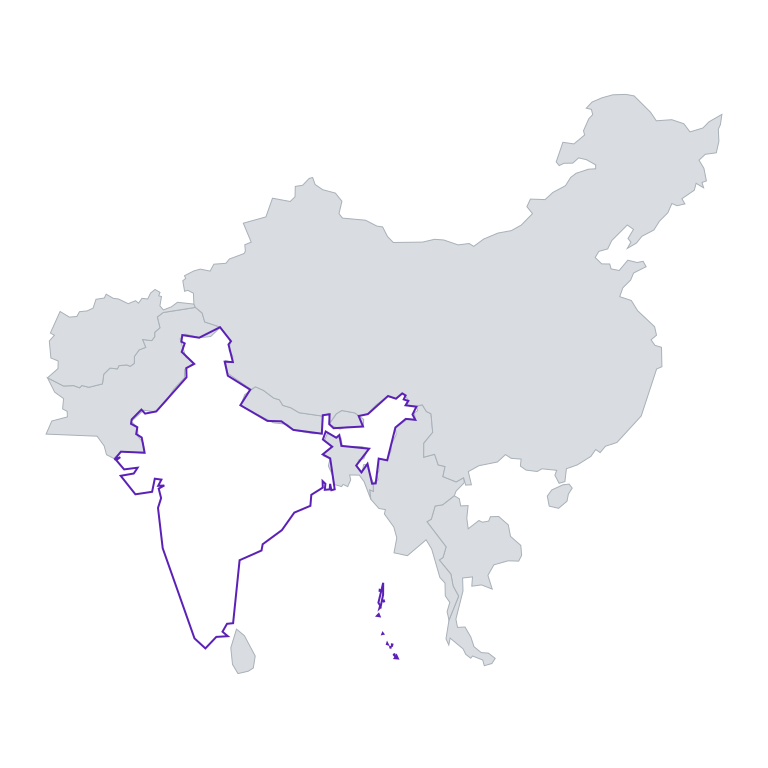 India highlighted among its neighbors
{"feature_id": "IND", "entity_name": "India", "entity_type": "country or territory", "adm_level": 0, "iso_a3": "IND", "parent_name": "Asia", "parent_adm1": "", "projection": "albers", "projection_center": [83.514, 21.122], "detail": "medium", "context": "with_neighbors", "style": "outline", "palette": "violet", "viewbox_px": 768, "rotation_deg": 0, "n_neighbors": 9, "source": "natural_earth", "source_scale": "50m", "svg_char_len": 8616}
<svg xmlns="http://www.w3.org/2000/svg" viewBox="0 0 768 768"><path d="M518.7,561.1L508.1,560.8L493.9,564.8L487.9,575.4L492.2,589.1L481.5,584.9L471.8,586.2L472.5,576.9L462.6,578.0L463.0,590.9L455.9,619.1L457.5,627.4L465.0,627.0L470.8,637.0L474.0,646.7L481.2,652.6L488.4,653.1L495.2,658.4L491.9,663.5L484.3,665.7L482.7,660.0L472.6,656.0L470.7,658.2L465.7,654.3L463.1,648.9L450.1,638.1L448.8,645.0L446.0,638.8L449.0,620.1L458.6,596.2L453.1,586.1L450.9,574.2L439.3,560.0L443.0,557.5L446.1,546.9L426.9,521.7L431.3,519.2L435.1,506.0L442.6,504.8L454.3,495.7L459.3,498.8L460.7,505.9L468.1,505.6L466.8,518.3L468.2,528.8L478.9,520.5L482.4,522.2L488.7,521.1L490.4,516.7L498.7,516.5L508.3,524.9L510.5,536.4L520.8,545.4L521.6,555.3L518.7,561.1Z" fill="#d9dde1" stroke="#a8b0b8" stroke-width="1"/><path d="M454.3,495.7L442.6,504.8L435.1,506.0L431.3,519.2L426.9,521.7L446.1,546.9L443.0,557.5L439.3,560.0L450.9,574.2L453.1,586.1L458.6,596.2L449.0,620.1L447.1,611.6L449.8,602.4L445.3,595.9L445.0,583.1L439.9,577.5L431.7,549.1L426.1,539.8L407.4,555.7L394.0,552.8L396.8,537.9L393.8,527.0L384.4,514.0L385.4,509.6L379.0,508.5L370.8,499.3L369.6,489.8L373.4,491.4L373.1,482.9L378.2,479.8L376.8,474.9L379.0,470.7L378.6,458.4L387.0,460.6L391.0,450.6L391.2,444.8L396.2,434.5L395.4,427.8L408.1,418.6L415.6,420.2L414.2,413.0L417.6,410.6L416.4,406.2L422.3,404.8L426.3,411.4L431.0,413.8L432.7,432.4L423.8,443.2L423.7,457.2L434.6,454.3L438.2,464.9L445.1,466.5L442.9,476.6L456.1,481.9L463.6,477.7L464.4,482.5L456.1,491.1L454.3,495.7Z" fill="#d9dde1" stroke="#a8b0b8" stroke-width="1"/><path d="M373.1,482.9L373.4,491.4L369.6,489.8L370.8,499.3L364.1,481.7L359.3,475.1L349.6,475.0L350.7,479.9L347.7,486.6L343.0,484.4L341.6,486.6L334.3,484.5L332.3,474.8L328.4,466.0L330.0,458.9L323.4,455.9L325.6,451.5L332.0,446.9L324.3,440.9L327.7,432.8L336.1,437.6L341.0,438.0L342.3,446.2L362.0,446.7L368.1,448.4L363.8,458.7L359.1,459.6L356.2,466.5L362.3,472.3L363.6,464.7L366.5,464.5L373.1,482.9Z" fill="#d9dde1" stroke="#a8b0b8" stroke-width="1"/><path d="M354.7,412.9L363.7,419.4L363.3,426.7L346.2,427.0L339.8,429.1L330.3,425.0L330.0,422.7L336.4,413.7L341.8,410.5L354.7,412.9Z" fill="#d9dde1" stroke="#a8b0b8" stroke-width="1"/><path d="M322.6,416.1L322.5,433.3L313.9,433.7L293.4,430.2L287.4,424.3L273.3,422.8L240.6,405.6L244.7,394.7L255.4,386.8L263.5,390.4L273.7,398.1L279.4,399.8L282.8,405.4L290.7,407.7L299.1,412.7L322.6,416.1Z" fill="#d9dde1" stroke="#a8b0b8" stroke-width="1"/><path d="M220.4,327.2L210.7,336.5L199.7,337.7L185.1,334.1L180.0,338.8L185.9,357.1L193.5,363.3L184.7,369.5L184.4,377.8L173.9,388.9L166.8,400.4L155.3,411.9L143.6,410.2L131.2,421.5L137.5,427.4L138.0,436.5L143.3,442.9L144.6,453.2L121.6,451.3L113.9,458.5L106.5,454.7L104.2,446.0L97.1,436.2L46.1,434.1L51.8,421.0L67.4,416.9L67.2,411.4L62.6,408.9L63.6,398.6L54.7,392.2L47.5,377.8L63.5,386.0L73.7,385.6L79.6,387.8L81.9,385.5L88.8,387.3L102.4,383.9L103.8,374.1L110.0,368.1L117.4,368.9L118.9,365.7L126.6,364.9L130.2,366.3L134.3,363.4L134.4,356.4L139.2,349.8L145.7,347.4L142.5,339.5L151.7,340.6L154.7,336.7L154.7,332.3L159.9,327.8L157.3,317.0L163.2,312.5L195.4,307.4L202.2,313.1L204.7,321.9L220.4,327.2Z" fill="#d9dde1" stroke="#a8b0b8" stroke-width="1"/><path d="M113.2,298.3L118.5,299.0L128.2,303.7L135.5,300.7L138.5,303.2L142.0,298.3L147.7,299.0L150.6,293.0L155.0,289.5L160.0,292.4L158.7,295.8L161.5,296.5L159.9,305.9L163.4,309.9L171.3,306.9L177.5,302.3L193.9,304.1L195.4,307.4L163.2,312.5L157.3,317.0L159.9,327.8L154.7,332.3L154.7,336.7L151.7,340.6L142.5,339.5L145.7,347.4L139.2,349.8L134.4,356.4L134.3,363.4L130.2,366.3L126.6,364.9L118.9,365.7L117.4,368.9L110.0,368.1L103.8,374.1L102.4,383.9L88.8,387.3L81.9,385.5L79.6,387.8L73.7,385.6L63.5,386.0L47.5,377.8L58.0,368.6L58.2,361.0L50.9,358.0L49.3,341.0L54.4,335.3L50.4,333.0L60.1,311.5L69.3,317.1L76.8,316.5L79.5,311.7L87.2,310.9L93.1,308.1L96.0,299.3L104.3,298.0L106.2,294.2L113.2,298.3Z" fill="#d9dde1" stroke="#a8b0b8" stroke-width="1"/><path d="M255.2,656.0L253.3,668.0L248.3,671.2L238.0,673.6L232.5,664.4L230.8,647.8L236.5,629.1L244.4,635.7L255.2,656.0Z" fill="#d9dde1" stroke="#a8b0b8" stroke-width="1"/><path d="M558.6,508.3L549.2,506.1L547.3,496.1L551.7,490.0L562.9,484.8L569.1,484.1L572.2,488.1L568.4,494.0L567.0,501.2L558.6,508.3ZM245.4,251.0L244.8,244.8L251.2,242.1L243.3,223.2L265.9,216.9L272.5,198.2L290.2,201.5L295.0,196.8L295.3,186.4L302.6,185.3L309.2,178.4L312.6,177.5L315.1,184.5L322.7,189.7L335.4,193.1L341.9,201.2L339.0,213.7L342.5,218.1L365.5,220.2L376.9,226.1L382.6,226.9L387.5,236.5L393.3,242.5L422.5,242.1L434.6,239.3L443.8,240.0L458.1,244.9L469.2,243.5L473.7,246.4L483.6,239.1L497.8,233.1L511.4,230.6L521.3,225.1L532.5,213.6L526.9,206.7L530.4,199.1L545.1,199.6L552.9,192.4L565.5,185.7L570.6,177.5L576.1,173.3L588.5,169.2L595.6,168.8L595.7,164.9L586.3,159.6L578.6,157.9L572.8,163.1L563.9,163.3L559.2,165.6L556.2,161.9L562.9,142.3L573.9,143.9L584.6,135.0L583.5,130.7L588.8,118.8L592.7,114.6L591.4,109.4L586.3,108.2L592.1,102.0L602.0,97.8L612.9,94.8L625.9,94.4L634.1,95.9L650.5,112.2L656.3,120.8L671.8,119.7L683.8,123.7L690.0,131.9L702.9,128.0L709.0,121.8L721.9,114.4L720.4,124.6L718.3,129.3L718.9,141.2L716.3,152.8L705.3,154.3L699.0,160.2L703.9,168.3L706.4,180.9L702.0,182.5L703.6,187.8L696.1,183.3L694.3,190.2L681.9,198.7L684.9,203.9L677.1,205.7L671.9,203.5L667.8,212.8L659.4,221.2L653.9,230.0L641.9,236.3L636.4,243.1L627.3,248.4L630.9,242.2L628.0,238.5L633.5,229.4L627.3,225.0L611.7,240.6L607.7,248.9L598.8,251.4L595.2,257.5L601.7,263.9L609.7,264.0L611.1,268.9L619.2,270.5L627.8,260.2L637.1,262.5L643.1,261.3L646.1,266.7L633.6,273.0L630.6,280.1L622.8,287.8L619.7,296.7L631.3,300.5L637.6,310.7L654.6,326.7L656.5,335.2L651.1,339.8L654.9,345.3L661.5,347.4L661.9,366.7L656.6,369.0L641.2,416.0L616.9,442.5L605.5,446.2L600.1,452.6L595.7,449.5L590.9,456.4L577.3,464.9L566.4,468.7L564.9,481.6L559.1,483.3L554.9,475.2L556.7,470.3L541.9,468.8L537.2,471.5L526.1,470.1L520.4,466.1L521.1,459.1L511.1,458.3L505.5,454.6L497.4,462.0L478.9,465.7L468.3,471.6L471.4,484.8L465.7,485.1L463.6,477.7L456.1,481.9L442.9,476.6L445.1,466.5L438.2,464.9L434.6,454.3L423.7,457.2L423.8,443.2L432.7,432.4L431.0,413.8L426.3,411.4L422.3,404.8L416.4,406.2L405.3,405.3L408.3,400.1L403.0,393.3L396.2,398.7L387.5,396.5L376.3,404.7L367.5,413.9L359.3,415.9L354.7,412.9L341.8,410.5L336.4,413.7L330.0,422.7L328.8,413.4L322.6,416.1L299.1,412.7L290.7,407.7L282.8,405.4L279.4,399.8L273.7,398.1L263.5,390.4L255.4,386.8L251.2,389.5L227.8,373.4L225.4,360.5L232.5,362.3L232.9,356.4L229.2,350.4L230.4,341.0L220.4,327.2L204.7,321.9L202.2,313.1L195.4,307.4L193.9,304.1L193.4,293.2L187.8,290.3L184.6,291.3L182.8,280.8L185.7,278.4L184.5,275.7L193.7,271.0L200.3,269.1L210.1,271.1L213.9,264.2L225.9,263.3L229.4,259.0L244.1,253.5L245.4,251.0Z" fill="#d9dde1" stroke="#a8b0b8" stroke-width="1"/><path d="M114.4,459.6L120.9,451.7L144.6,452.7L141.7,437.5L136.2,434.1L137.3,427.2L131.0,423.8L131.7,419.4L141.4,409.6L145.1,413.6L156.3,411.4L186.5,377.3L186.3,368.1L194.2,363.9L181.7,351.9L184.7,343.4L181.4,341.7L182.3,335.1L199.2,337.7L220.0,327.2L231.0,341.2L228.5,344.5L232.9,362.1L224.7,361.7L227.8,375.7L250.2,389.7L240.4,405.2L267.4,420.9L281.4,421.3L293.3,429.9L321.8,433.7L322.8,415.2L329.6,414.3L329.2,424.1L333.6,428.2L363.0,426.5L358.7,416.0L367.9,414.1L388.0,396.0L396.0,398.7L402.2,393.4L405.6,395.4L403.7,399.4L408.3,400.9L405.6,405.3L416.4,406.7L412.5,414.5L415.3,419.8L405.8,418.9L395.4,427.5L387.2,460.3L378.7,458.6L375.7,483.4L372.1,483.7L367.5,463.8L361.4,472.4L356.2,465.5L369.1,448.7L341.4,445.9L339.3,435.1L336.2,437.7L325.7,431.5L322.9,439.5L332.2,446.7L322.7,454.4L330.2,458.4L334.7,489.3L331.4,490.2L330.1,483.9L329.7,489.4L324.8,489.8L325.4,483.8L322.6,481.1L322.8,487.6L311.3,494.8L310.4,505.8L294.3,512.6L281.9,530.1L262.7,544.2L261.5,550.5L239.6,560.2L233.1,623.2L227.0,623.8L222.5,631.7L227.8,636.2L216.3,636.9L205.4,648.4L194.5,638.4L162.7,548.2L158.0,507.9L161.1,498.1L158.7,488.6L164.3,485.5L158.2,485.8L161.4,479.6L154.8,478.7L152.1,491.8L135.4,494.3L120.7,475.8L133.8,473.5L137.6,467.7L124.1,469.4L116.2,460.1L120.3,457.2L114.4,459.6ZM380.7,606.5L378.4,602.7L383.2,582.8L383.1,594.7L380.7,606.5ZM397.9,658.5L394.7,658.2L396.5,655.5L397.9,658.5ZM379.6,616.3L377.0,615.9L378.7,614.1L379.6,616.3ZM390.7,646.9L390.7,648.5L390.2,647.0L390.7,646.9ZM392.4,644.5L391.9,646.7L391.9,644.4L392.4,644.5ZM394.8,653.6L394.3,655.4L393.8,654.8L394.8,653.6ZM383.3,633.9L382.3,634.1L382.7,633.1L383.3,633.9ZM380.4,607.4L379.4,608.4L379.8,606.9L380.4,607.4ZM383.8,600.5L384.4,602.1L383.1,600.9L383.8,600.5ZM387.8,644.4L386.9,644.1L387.2,643.2L387.8,644.4ZM379.9,590.0L379.5,591.8L379.7,589.9L379.9,590.0Z" fill="none" stroke="#5b21b6" stroke-width="2"/></svg>